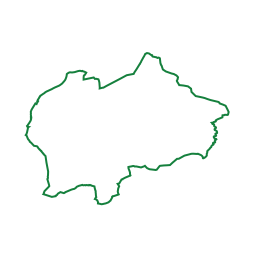 Silmalas pag., Rezeknes, Latvia, rotated 170°
{"feature_id": "27541924B39247356667850", "entity_name": "Silmalas pag.", "entity_type": "district", "adm_level": 2, "iso_a3": "LVA", "parent_name": "Latvia", "parent_adm1": "Rezeknes", "projection": "robinson", "projection_center": [27.034, 56.413], "detail": "fine", "context": "isolated", "style": "outline", "palette": "green", "viewbox_px": 256, "rotation_deg": 170, "n_neighbors": 0, "source": "geoboundaries", "source_scale": "gbopen_adm2", "svg_char_len": 5430}
<svg xmlns="http://www.w3.org/2000/svg" viewBox="0 0 256 256"><g transform="rotate(170 128 128)"><path d="M222.7,77.5L215.0,73.4L211.1,73.4L211.0,73.9L209.5,74.4L208.5,75.5L205.7,76.6L202.9,75.2L202.5,75.0L202.3,75.0L200.5,75.7L200.5,75.8L199.0,76.1L194.7,77.1L193.3,77.3L191.4,77.4L189.8,78.1L188.7,79.0L186.3,79.6L184.9,79.7L182.8,79.9L182.4,79.5L181.8,79.3L180.6,79.3L180.2,79.2L179.7,78.9L179.3,79.0L179.0,79.1L178.6,78.9L177.8,78.7L177.4,78.7L177.1,78.5L177.0,78.4L176.9,78.4L176.6,78.5L176.5,78.4L176.0,78.3L175.9,78.5L175.7,78.4L175.6,78.5L175.3,78.5L175.1,78.3L175.0,78.2L174.7,78.2L174.3,78.0L174.0,77.6L171.2,76.3L171.2,74.6L171.0,72.3L170.9,72.2L170.8,71.3L171.0,70.7L171.1,68.8L171.3,67.4L171.3,65.6L171.5,65.6L171.6,65.4L172.9,63.8L171.9,63.3L170.8,62.0L170.4,60.1L170.7,58.9L168.8,58.2L167.5,57.6L166.9,57.5L165.9,57.5L164.1,57.6L163.1,57.6L160.1,58.2L158.7,59.1L158.0,59.5L157.9,59.5L155.6,62.4L155.6,63.0L155.2,63.3L154.8,63.5L153.9,63.4L149.1,64.1L148.7,64.2L148.9,65.0L149.1,65.8L149.1,66.8L149.1,67.3L148.1,70.2L146.8,72.2L147.9,74.8L146.2,75.0L143.3,78.4L142.6,78.4L142.6,78.5L142.4,78.6L139.3,79.6L134.9,80.6L134.0,80.7L133.8,80.9L134.0,81.5L134.0,82.5L133.8,83.6L133.8,83.9L134.0,85.6L134.5,88.0L134.4,89.5L133.6,89.6L131.6,89.6L129.5,89.7L128.5,89.3L128.0,88.9L126.5,88.7L122.0,86.9L118.6,87.5L117.9,87.8L116.5,85.6L116.0,85.0L115.5,84.7L114.2,83.8L113.8,83.6L112.1,83.1L108.8,82.1L108.3,81.9L107.7,81.9L107.0,81.9L103.5,85.0L103.0,85.2L99.1,84.9L96.8,84.6L93.1,84.2L90.2,86.1L85.1,89.1L83.3,88.9L77.2,91.0L72.2,91.4L70.3,91.6L68.5,91.4L64.7,90.5L64.0,90.5L64.0,90.4L63.5,90.3L62.7,89.9L61.8,89.3L60.9,88.7L60.4,88.2L60.0,87.7L59.6,87.1L59.5,86.9L59.5,86.7L59.4,86.4L59.5,85.4L59.4,85.2L59.2,85.1L58.9,85.1L58.3,85.3L57.6,85.5L55.9,86.5L55.4,87.0L55.1,87.5L55.1,87.8L54.9,88.9L54.8,89.2L54.4,89.6L54.3,89.9L54.0,90.8L54.0,91.3L53.8,91.6L51.4,93.2L50.8,93.8L50.3,94.3L49.4,94.7L49.3,94.9L49.0,95.7L48.8,95.9L48.2,96.3L47.1,96.7L46.6,97.0L46.5,97.4L46.6,97.6L47.0,97.9L47.0,98.2L46.9,98.4L46.7,98.6L46.4,98.6L45.1,98.6L44.7,98.8L44.6,99.0L44.8,99.3L44.9,99.5L44.9,100.0L44.1,100.9L43.5,101.2L43.2,101.3L42.9,101.5L43.0,101.8L43.6,102.1L44.2,102.2L44.5,102.3L44.6,102.6L44.7,103.1L45.1,104.0L45.1,104.4L44.6,104.9L43.3,104.9L42.9,104.9L42.6,105.1L42.5,105.4L42.9,106.1L43.0,107.0L42.9,107.1L42.4,107.4L41.5,107.4L41.3,107.5L41.1,107.7L41.0,108.8L41.2,109.6L41.6,110.0L42.8,110.9L42.9,111.0L43.0,111.3L42.9,111.8L42.8,112.0L41.3,112.9L41.3,113.0L41.3,113.4L41.4,113.5L42.1,114.1L42.6,114.6L42.8,114.9L42.8,115.1L42.6,116.1L42.6,116.5L42.9,116.9L43.8,117.1L44.1,117.3L44.2,117.6L44.3,118.0L44.3,118.3L44.5,118.6L44.0,118.6L43.1,118.6L42.5,119.0L41.4,119.0L40.4,119.3L40.3,120.2L40.2,120.3L39.6,120.5L38.4,121.0L33.2,122.1L32.7,124.1L32.1,124.1L31.2,123.9L30.3,124.2L27.8,123.6L27.2,123.8L26.1,126.3L26.6,128.2L28.0,132.9L28.1,133.0L30.5,134.6L33.5,136.3L33.6,137.0L34.3,137.9L41.9,141.2L44.9,142.8L47.3,144.2L49.3,145.1L52.0,146.2L55.8,147.7L59.2,152.5L59.1,155.8L61.7,158.6L66.0,160.2L69.5,161.2L70.1,161.3L70.2,161.7L70.9,163.6L71.0,163.8L71.2,164.2L71.7,165.7L71.7,166.1L70.7,167.3L70.4,168.4L70.1,168.7L69.9,169.3L70.4,170.2L71.2,171.4L71.3,171.4L73.5,173.2L75.6,174.1L80.9,177.1L83.5,179.6L83.6,180.2L83.6,180.5L83.7,180.9L83.9,182.2L84.1,183.7L84.6,184.6L84.6,185.3L84.8,186.2L84.5,191.1L85.5,192.0L86.9,191.9L87.7,192.7L88.6,193.0L90.0,193.6L91.2,194.0L91.6,194.4L91.6,195.5L92.7,196.0L94.2,197.6L94.5,197.8L96.3,198.5L96.8,198.4L97.0,198.2L98.1,198.0L99.5,196.1L100.9,194.5L102.3,192.7L103.1,191.8L103.7,190.8L104.8,189.6L105.1,189.0L105.4,188.9L109.3,184.5L111.9,181.8L112.6,180.9L113.0,180.3L120.1,180.2L127.6,177.7L141.8,173.2L142.1,173.1L145.2,172.0L145.5,172.1L149.0,171.9L148.8,172.6L148.3,177.7L148.4,179.7L148.7,181.1L150.8,182.0L152.1,182.1L153.0,183.7L163.3,183.4L163.0,185.1L162.5,187.0L162.1,187.5L161.6,187.6L161.3,187.8L160.6,188.6L160.0,189.1L159.5,189.8L160.1,190.2L160.8,190.8L162.7,191.8L163.2,191.9L163.2,192.1L164.0,192.1L165.1,192.6L165.4,192.7L167.5,192.7L170.7,192.3L171.4,192.3L173.5,192.4L175.4,192.9L175.9,192.9L176.5,192.8L177.6,192.4L178.5,192.0L178.9,191.7L179.4,190.0L180.0,188.7L181.0,187.0L181.5,186.3L182.9,185.0L184.1,184.1L184.9,183.4L185.4,183.1L186.8,182.4L188.1,181.8L188.8,181.6L193.0,180.6L195.6,179.8L196.5,179.4L196.8,179.4L201.3,178.2L201.5,178.2L203.4,177.5L204.2,176.9L205.3,176.5L207.9,175.3L208.7,175.0L209.2,174.5L209.1,174.4L210.4,173.1L210.7,172.6L211.9,171.5L212.0,170.9L212.6,170.3L212.0,169.9L213.4,168.3L213.9,167.5L214.9,168.3L217.5,165.4L219.7,162.9L220.9,160.9L221.0,159.9L221.0,159.4L221.3,158.6L221.4,157.8L221.4,155.9L221.7,155.9L222.0,153.9L221.8,153.9L222.0,153.3L222.6,152.2L222.9,151.8L224.4,150.1L226.1,148.4L226.5,147.8L227.1,147.5L227.0,146.9L225.6,146.3L226.1,146.1L226.5,145.5L226.7,144.9L228.2,141.2L229.1,139.6L229.3,139.3L229.5,139.2L229.9,138.8L229.2,138.2L229.1,137.5L228.8,136.4L228.5,134.8L228.1,133.9L227.3,132.7L227.1,131.5L226.5,131.0L225.4,129.5L224.8,128.5L224.5,128.1L223.8,126.9L222.6,126.4L221.3,126.0L220.6,125.6L220.4,125.2L220.8,125.0L220.6,125.0L220.1,124.4L219.6,123.4L218.7,122.2L218.8,122.1L218.0,121.0L217.5,120.7L217.4,120.6L217.5,120.2L217.4,120.1L216.2,118.1L216.3,118.1L215.4,116.5L214.1,114.7L214.3,108.1L214.2,99.0L215.0,95.3L215.5,93.9L215.4,93.4L215.8,92.0L216.3,91.7L215.7,86.4L215.6,84.5L216.5,83.7L221.2,80.3L222.3,78.4L222.2,77.9L222.7,77.5Z" fill="none" stroke="#15803d" stroke-width="2"/></g></svg>